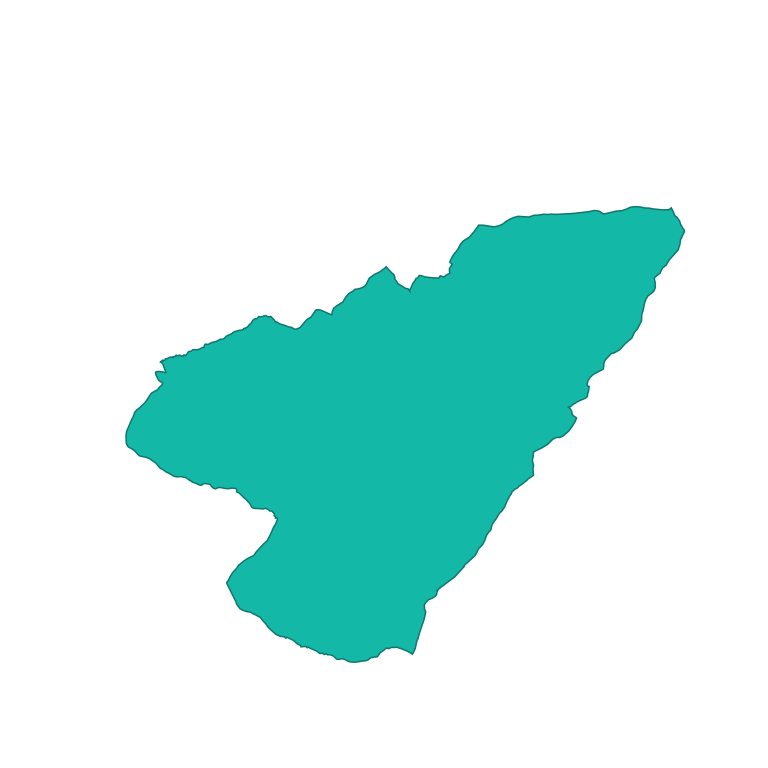 outline of Barsau, Satu Mare, Romania, rotated 113°
{"feature_id": "2599482B93689648054040", "entity_name": "Barsau", "entity_type": "district", "adm_level": 2, "iso_a3": "ROU", "parent_name": "Romania", "parent_adm1": "Satu Mare", "projection": "albers", "projection_center": [23.225, 47.589], "detail": "fine", "context": "isolated", "style": "filled", "palette": "teal", "viewbox_px": 768, "rotation_deg": 113, "n_neighbors": 0, "source": "geoboundaries", "source_scale": "gbopen_adm2", "svg_char_len": 6171}
<svg xmlns="http://www.w3.org/2000/svg" viewBox="0 0 768 768"><g transform="rotate(113 384 384)"><path d="M548.8,524.7L548.4,524.2L549.2,522.1L548.9,518.3L549.1,514.1L548.4,512.3L546.6,511.4L545.8,510.6L544.3,505.1L546.2,501.6L546.5,500.4L546.4,498.4L546.0,497.7L544.4,496.4L543.3,494.6L542.1,488.8L541.1,486.2L539.3,483.5L538.0,479.3L539.0,478.1L540.8,477.5L541.0,476.3L540.8,475.0L543.5,468.2L544.4,465.3L545.5,463.3L546.3,461.1L549.1,457.6L549.3,456.0L549.0,454.4L546.0,445.9L545.0,445.0L544.6,443.1L545.1,440.6L545.6,439.4L544.9,438.3L544.9,437.4L546.2,434.3L546.9,433.8L548.1,433.8L548.7,431.9L549.9,431.5L549.3,430.9L549.2,429.7L550.4,429.2L555.4,429.1L558.9,429.7L566.2,429.7L574.1,430.4L578.4,432.4L589.3,436.3L591.2,436.4L593.1,437.1L597.7,441.2L601.9,444.0L607.6,447.0L612.2,447.9L615.5,449.3L621.5,450.4L625.5,450.5L628.0,451.2L628.7,451.1L642.6,434.9L644.1,433.8L647.2,428.6L647.4,426.3L647.2,421.6L646.1,417.7L646.6,415.4L646.7,412.0L647.1,408.6L646.9,407.4L649.6,402.2L651.6,397.7L652.8,396.4L654.3,392.8L656.7,385.6L656.8,380.7L655.6,377.0L656.4,375.2L656.1,374.8L655.2,374.4L655.0,373.7L655.4,367.2L657.1,362.3L657.2,359.0L658.4,357.7L656.1,353.5L656.8,351.7L655.8,350.8L656.1,349.0L656.1,342.4L656.6,339.6L657.2,338.3L656.9,337.8L656.9,337.1L655.8,335.2L656.4,333.4L655.2,332.2L655.3,331.3L655.0,330.8L655.3,329.8L654.4,328.6L654.2,325.4L654.3,323.6L655.5,321.1L655.8,319.7L655.1,317.8L653.6,315.8L653.1,314.3L652.9,311.7L653.3,308.4L652.6,305.1L650.8,300.7L647.6,295.9L645.8,292.6L644.5,291.1L641.0,289.2L640.3,287.6L638.9,286.1L638.8,285.1L637.7,283.6L633.2,282.6L626.0,278.4L625.7,276.3L623.4,274.0L622.8,272.1L621.4,269.6L620.9,264.7L620.8,259.0L621.3,253.0L621.7,252.4L620.2,252.0L615.3,251.9L607.4,253.4L605.5,253.2L598.8,254.1L585.4,255.1L579.5,256.1L577.0,256.9L575.1,258.9L571.4,260.6L568.9,260.1L565.1,258.7L562.4,255.9L559.1,253.7L557.3,253.3L554.5,254.0L553.3,253.7L552.9,254.5L533.8,243.5L520.7,238.9L520.5,239.3L518.6,238.8L506.6,233.2L503.3,232.7L498.9,232.6L493.3,230.5L488.4,230.1L483.4,230.5L479.7,229.8L476.6,228.6L472.0,229.5L469.1,229.3L464.2,228.1L457.9,227.3L455.1,225.9L449.8,224.9L444.0,225.0L438.6,224.6L435.4,223.9L433.1,224.0L429.6,222.3L427.6,220.6L425.0,219.7L422.7,218.1L417.0,214.9L415.0,214.3L410.7,211.2L409.4,210.8L403.9,213.7L400.7,214.4L396.3,217.6L392.8,218.3L388.1,219.8L380.8,213.5L375.8,209.9L369.8,207.4L368.0,206.3L366.0,204.6L365.3,203.4L364.6,201.4L362.1,199.0L355.3,195.6L348.8,194.1L343.7,193.4L340.3,193.4L339.8,194.1L339.4,196.8L338.8,198.2L338.1,199.2L335.7,200.5L333.8,203.3L333.3,205.1L331.8,203.3L329.6,202.5L324.7,198.9L322.0,196.6L318.5,193.1L316.0,191.9L313.4,192.7L310.8,192.9L306.2,194.1L306.2,195.9L304.6,197.1L301.3,197.4L297.7,197.0L293.1,194.9L285.1,188.3L284.3,188.0L278.4,189.8L276.7,189.9L274.7,189.5L267.4,186.7L266.6,186.1L265.7,184.5L260.4,180.4L253.1,177.9L244.8,173.8L238.6,173.7L234.4,172.2L225.4,171.6L219.5,173.8L214.3,174.4L206.9,175.9L203.7,176.0L200.0,175.5L193.4,171.9L189.6,171.9L184.7,174.0L181.8,176.1L180.2,176.5L174.1,173.2L168.4,173.0L164.5,170.8L157.9,169.8L145.6,165.6L139.7,166.2L135.0,167.5L133.3,167.1L130.3,167.3L126.5,166.9L125.0,167.7L123.8,169.9L121.1,173.4L118.6,175.4L116.5,178.7L115.8,180.2L115.9,180.9L114.7,182.9L112.7,184.7L109.6,188.4L110.6,188.8L112.3,190.0L114.8,195.4L117.8,205.1L118.3,208.0L120.0,212.5L121.0,217.6L122.5,221.9L125.1,226.4L127.6,228.5L131.7,233.0L134.1,237.8L141.2,247.4L141.7,248.8L140.8,253.3L142.1,258.2L145.4,262.9L153.2,276.7L160.6,291.8L162.4,296.7L164.0,299.5L165.3,303.3L168.2,307.8L169.9,311.6L173.7,315.9L177.3,326.2L180.0,329.5L183.0,332.4L186.9,335.3L190.2,337.1L193.5,340.0L196.0,343.6L196.7,345.4L199.1,354.9L200.7,358.8L209.1,360.8L215.6,362.9L221.3,366.9L225.3,368.2L231.7,368.7L236.9,370.3L240.6,370.9L245.2,371.2L246.4,370.8L246.7,369.0L247.2,368.0L252.1,368.9L254.3,368.0L256.3,366.7L259.7,369.5L262.1,370.5L262.4,374.5L265.2,375.1L266.9,379.8L269.0,386.5L269.4,388.2L269.8,392.7L270.3,393.9L273.3,394.5L274.4,395.8L276.9,395.9L279.7,396.7L285.5,396.8L286.7,397.1L288.6,396.4L287.0,399.0L287.5,401.6L286.2,410.5L284.7,412.2L284.1,413.7L283.2,414.9L281.3,415.9L279.7,417.3L277.7,422.7L275.2,427.9L277.7,428.7L278.7,429.7L282.1,431.4L287.0,435.7L292.2,438.9L299.2,439.3L301.8,440.1L303.7,441.6L305.9,444.1L308.0,447.2L308.0,447.6L311.1,449.2L314.3,451.6L318.2,453.0L324.7,454.0L330.5,458.1L333.8,459.8L336.8,460.0L340.9,459.1L340.7,470.5L341.0,472.6L342.0,475.1L342.8,475.7L350.9,477.3L354.2,479.8L355.7,480.5L364.7,483.3L367.1,485.4L368.3,487.3L368.5,488.2L368.1,490.0L368.1,491.9L368.8,494.3L368.7,497.3L369.2,501.2L369.3,503.9L368.8,507.1L369.3,508.3L368.0,509.9L366.0,514.7L367.0,515.7L367.5,517.8L367.2,519.0L367.3,519.8L368.0,520.9L369.5,522.4L370.5,524.2L370.9,525.6L373.6,526.6L374.4,528.3L376.4,529.6L380.1,530.1L381.3,530.9L385.4,532.1L385.9,533.0L387.3,533.4L387.3,534.4L387.6,534.7L388.9,535.1L389.9,535.9L391.0,538.0L393.9,541.7L395.7,543.3L397.0,543.7L401.4,547.7L405.2,549.3L405.8,550.0L406.9,552.3L410.3,555.0L413.5,559.2L415.4,560.5L416.4,561.8L417.2,564.2L418.6,564.4L420.5,563.9L421.5,565.6L424.0,567.4L425.8,570.0L426.5,572.2L427.4,573.6L429.3,574.4L430.1,576.0L430.7,576.6L434.4,577.3L435.6,578.2L435.3,579.0L435.4,579.5L436.7,579.6L436.9,580.6L437.6,581.2L437.2,583.4L437.6,584.0L438.5,584.6L438.8,585.6L438.6,586.5L440.6,587.4L441.2,588.8L442.0,588.5L442.3,589.0L442.2,589.4L442.5,589.9L442.3,590.3L442.6,591.0L443.7,592.3L445.0,593.1L446.3,595.1L447.1,594.8L447.8,595.1L448.2,596.0L448.9,596.3L448.5,597.0L448.7,597.3L449.6,597.2L449.9,597.9L451.2,598.4L451.5,596.4L452.2,595.2L458.6,589.2L459.1,590.0L459.3,592.7L460.3,596.0L461.8,598.5L462.2,598.8L463.3,598.6L465.4,596.8L468.5,593.0L469.1,591.2L469.5,588.1L470.0,587.9L472.3,588.2L474.0,589.2L477.7,590.2L482.6,594.0L484.2,594.8L493.9,596.5L502.0,600.0L504.2,601.4L507.5,602.4L513.6,602.0L514.3,602.4L528.1,602.4L531.8,601.5L539.1,598.2L541.2,595.9L541.9,594.6L542.3,590.1L542.9,587.5L545.6,581.7L545.5,579.6L544.4,574.4L544.4,570.6L545.8,563.5L549.1,556.9L549.1,554.4L550.2,549.8L550.1,547.6L551.0,541.3L550.2,537.6L549.1,535.9L548.5,534.3L547.7,530.3L547.9,528.0L548.8,524.7Z" fill="#14b8a6" stroke="#0f766e" stroke-width="1.5"/></g></svg>